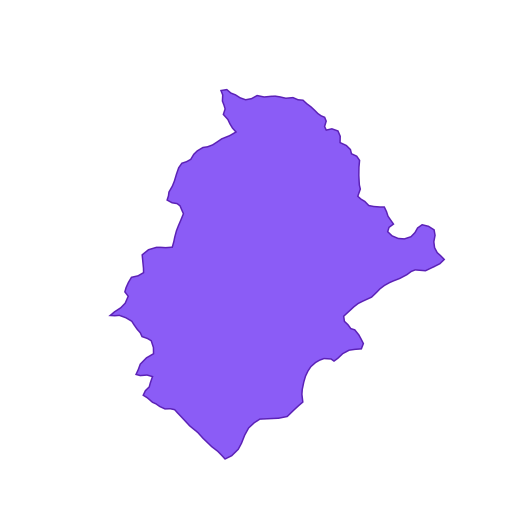 outline of Biguaçu, Santa Catarina, Brazil, rotated 60°
{"feature_id": "56859067B16833373833588", "entity_name": "Biguaçu", "entity_type": "district", "adm_level": 2, "iso_a3": "BRA", "parent_name": "Brazil", "parent_adm1": "Santa Catarina", "projection": "natural_earth1", "projection_center": [-48.699, -27.432], "detail": "fine", "context": "isolated", "style": "filled", "palette": "violet", "viewbox_px": 512, "rotation_deg": 60, "n_neighbors": 0, "source": "geoboundaries", "source_scale": "gbopen_adm2", "svg_char_len": 2750}
<svg xmlns="http://www.w3.org/2000/svg" viewBox="0 0 512 512"><g transform="rotate(60 256 256)"><path d="M234.6,412.0L237.1,408.2L239.1,404.0L244.5,399.5L250.4,396.2L254.9,396.0L260.3,395.5L264.6,394.6L268.8,395.0L273.2,391.2L277.0,389.1L284.0,390.6L289.4,393.6L289.4,401.7L291.8,410.3L295.4,414.6L298.6,419.1L301.7,416.0L304.6,409.9L308.7,405.9L313.0,410.9L316.0,413.9L317.3,419.1L320.2,423.3L324.5,421.0L330.9,418.8L334.1,416.5L338.2,414.6L342.9,411.3L345.4,406.6L348.4,403.3L352.6,402.4L357.5,401.2L362.2,400.1L369.8,398.4L379.9,394.6L387.5,393.0L398.9,389.7L405.9,386.8L411.3,385.4L416.3,384.3L416.8,376.9L414.5,368.0L410.9,362.2L405.5,355.4L401.2,348.3L399.5,340.8L399.2,334.2L407.8,317.5L410.6,309.2L408.4,300.5L406.8,293.4L405.9,288.5L398.7,285.4L394.6,282.6L389.0,277.6L384.8,273.2L381.5,268.4L379.2,263.7L378.0,257.6L378.0,253.1L378.8,248.4L382.7,242.5L386.0,241.0L385.5,236.3L383.9,229.7L384.1,222.5L386.3,217.0L389.1,211.2L385.5,206.8L380.4,206.5L375.7,206.4L369.3,207.4L366.3,210.2L361.6,210.7L356.8,212.1L352.0,210.2L348.9,196.5L348.2,191.3L348.5,186.1L349.4,176.4L347.6,169.2L346.4,165.1L345.7,159.5L345.8,153.6L346.3,149.2L347.3,142.8L347.6,134.7L347.0,129.3L347.6,125.1L350.1,121.5L353.5,116.6L354.3,106.2L354.6,100.6L353.1,94.7L348.0,96.0L343.7,97.4L338.1,97.2L332.6,94.9L327.6,90.6L322.4,88.7L316.5,91.8L312.0,96.5L312.5,102.0L315.2,106.6L316.8,112.1L315.4,118.9L311.9,124.1L306.6,128.1L300.8,129.8L297.7,126.5L297.1,121.0L291.4,121.5L287.5,121.8L282.8,120.8L277.7,120.4L275.5,124.2L272.0,129.3L268.7,133.1L263.1,134.5L259.2,136.7L255.2,138.0L250.2,132.2L246.2,131.0L242.8,129.3L237.7,126.7L230.5,122.4L225.0,118.5L219.9,118.9L215.2,122.2L211.0,121.0L205.5,122.5L199.8,126.5L194.4,123.2L188.7,122.5L183.8,126.7L182.1,132.2L178.2,131.9L174.3,127.8L170.2,127.2L167.2,129.5L163.6,131.2L159.0,132.4L154.4,133.8L149.5,135.9L144.6,137.4L141.7,141.5L137.3,144.8L134.3,151.3L130.1,155.8L127.2,159.4L125.2,163.2L122.4,169.4L117.6,174.8L117.5,181.2L115.5,186.9L111.0,190.7L106.2,193.2L102.3,196.3L97.3,198.1L95.2,203.6L99.9,204.3L105.0,207.6L109.4,208.3L113.2,209.2L117.1,213.5L123.7,212.1L128.6,212.5L133.5,212.4L138.6,211.3L138.6,218.7L137.4,227.0L137.8,232.6L138.1,238.0L137.2,243.4L135.5,247.7L135.6,254.3L136.8,259.0L139.7,264.2L139.6,269.0L138.6,273.8L140.9,278.8L145.3,283.9L150.3,289.2L153.6,293.4L157.1,299.4L160.2,301.8L163.1,305.0L167.9,302.1L171.2,298.1L174.6,296.7L178.4,297.2L183.1,297.7L187.6,303.5L190.8,307.8L194.4,312.3L199.1,317.0L202.4,319.9L206.5,324.1L203.6,330.1L201.0,334.0L198.7,338.0L196.8,346.0L198.1,354.0L210.4,359.6L214.2,361.7L214.2,368.0L212.2,374.5L215.1,379.7L218.4,384.3L221.5,387.5L227.0,386.8L231.5,392.9L233.2,398.9L233.6,406.3L234.6,412.0Z" fill="#8b5cf6" stroke="#5b21b6" stroke-width="1.5"/></g></svg>